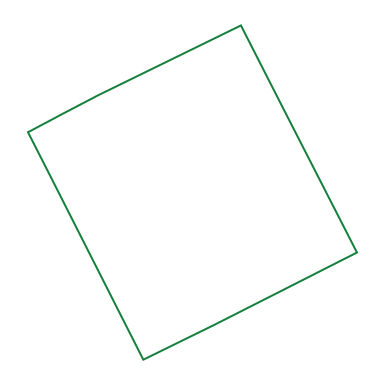 outline of Morgan, Colorado, United States of America, rotated 243°
{"feature_id": "52423323B36386554823718", "entity_name": "Morgan", "entity_type": "district", "adm_level": 2, "iso_a3": "USA", "parent_name": "United States of America", "parent_adm1": "Colorado", "projection": "robinson", "projection_center": [-103.707, 40.263], "detail": "fine", "context": "isolated", "style": "outline", "palette": "green", "viewbox_px": 384, "rotation_deg": 243, "n_neighbors": 0, "source": "geoboundaries", "source_scale": "gbopen_adm2", "svg_char_len": 280}
<svg xmlns="http://www.w3.org/2000/svg" viewBox="0 0 384 384"><g transform="rotate(243 192 192)"><path d="M320.4,112.7L319.7,73.0L276.7,73.0L64.7,72.5L63.5,152.0L63.2,311.5L230.3,311.2L318.2,311.2L320.8,152.2L320.4,112.7Z" fill="none" stroke="#15803d" stroke-width="2"/></g></svg>